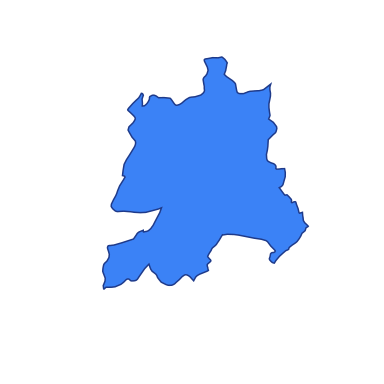 the district of Bac Giang, Bắc Giang, Vietnam, rotated 49°
{"feature_id": "81297802B62924474209473", "entity_name": "Bac Giang", "entity_type": "district", "adm_level": 2, "iso_a3": "VNM", "parent_name": "Vietnam", "parent_adm1": "Bắc Giang", "projection": "equal_earth", "projection_center": [106.2, 21.269], "detail": "fine", "context": "isolated", "style": "filled", "palette": "blue", "viewbox_px": 384, "rotation_deg": 49, "n_neighbors": 0, "source": "geoboundaries", "source_scale": "gbopen_adm2", "svg_char_len": 5654}
<svg xmlns="http://www.w3.org/2000/svg" viewBox="0 0 384 384"><g transform="rotate(49 192 192)"><path d="M299.7,176.5L298.8,173.8L297.9,168.2L297.8,163.5L297.8,159.7L298.2,158.6L298.5,157.6L298.6,157.1L298.6,156.5L298.2,156.2L297.9,155.5L297.6,154.7L297.7,154.0L297.7,153.2L297.8,151.0L298.1,148.8L298.3,147.0L298.3,145.2L297.6,141.9L296.6,138.8L295.7,136.9L295.3,136.0L295.4,134.3L295.4,133.0L295.4,132.0L294.8,131.0L294.4,130.4L293.9,129.7L293.9,129.0L294.2,127.2L294.1,126.7L292.0,126.8L289.1,127.1L286.7,126.7L285.3,125.8L284.5,125.2L282.5,124.0L279.8,122.0L278.6,124.7L277.8,124.8L274.0,122.8L269.9,121.3L268.0,120.4L267.4,120.3L267.0,120.5L266.6,121.1L266.3,121.6L266.0,122.5L265.8,123.2L265.7,123.5L265.2,123.8L264.5,123.4L263.7,122.4L262.7,121.9L259.5,121.9L256.6,122.1L255.9,122.9L255.7,123.5L255.4,123.9L254.2,124.0L250.1,123.7L247.4,123.4L246.0,123.4L246.2,122.1L246.5,121.1L246.4,119.6L246.1,118.5L241.6,111.6L238.5,108.8L235.1,106.8L233.2,109.1L231.7,111.4L230.4,113.0L229.7,113.3L229.3,113.3L228.6,112.6L227.7,111.8L226.8,111.5L225.6,111.5L224.2,111.8L223.4,112.3L222.0,113.1L221.2,113.5L220.2,113.9L219.1,114.3L217.8,114.5L216.3,114.0L215.5,113.5L212.5,111.2L209.8,107.6L207.3,104.8L202.5,100.1L202.0,93.6L202.0,90.0L201.4,88.7L200.5,87.4L199.7,86.3L198.1,85.3L192.8,84.9L187.2,86.3L186.0,83.9L185.3,82.8L182.7,81.2L178.8,78.6L175.9,76.1L173.6,73.1L171.1,69.9L168.9,67.9L166.0,66.2L163.8,64.3L162.2,61.8L161.7,70.7L161.0,72.4L160.4,73.4L160.0,74.2L159.5,75.0L158.7,76.0L156.9,78.3L155.9,79.7L155.1,80.8L154.1,82.1L153.6,83.1L153.1,84.1L152.7,85.5L152.2,86.7L151.7,88.3L151.2,89.0L149.9,90.5L149.0,91.5L147.9,92.2L146.6,92.5L145.0,91.9L141.3,89.7L139.0,88.3L137.4,88.1L134.5,88.4L127.6,90.2L125.4,90.4L124.3,90.4L122.5,87.0L119.6,83.3L118.3,81.8L117.7,80.7L116.0,80.4L113.4,80.2L110.8,80.6L109.7,80.9L107.9,84.2L104.1,88.4L101.6,92.7L100.8,93.9L100.2,95.0L100.2,95.9L100.6,96.3L101.5,96.8L107.8,98.5L110.7,100.0L112.7,103.2L113.0,104.5L113.3,105.3L113.3,107.0L113.5,108.1L113.7,108.7L114.2,109.6L114.8,110.1L118.2,112.2L119.6,113.0L120.7,113.7L121.5,114.5L122.3,115.1L123.4,115.8L124.0,116.5L124.4,117.4L124.7,118.9L124.6,121.8L122.1,127.3L119.9,130.4L119.0,132.0L118.5,134.6L118.3,135.8L118.2,137.6L118.2,141.4L118.0,142.7L117.7,144.2L116.8,146.2L116.1,147.1L114.7,147.5L113.0,147.4L109.6,147.0L107.8,146.9L106.9,147.0L106.0,147.8L102.4,151.2L98.9,155.4L95.9,156.1L95.1,156.5L94.1,157.1L93.5,157.7L92.9,158.6L92.4,160.8L92.3,161.2L92.7,162.0L93.5,162.7L94.2,163.6L94.9,165.2L95.2,166.1L95.5,167.1L95.7,168.0L95.8,169.2L95.8,170.2L95.7,171.4L95.3,172.0L94.5,173.1L92.4,171.1L89.1,168.7L87.9,166.7L87.1,165.3L86.0,164.9L85.1,164.9L84.3,165.5L85.2,167.8L85.5,168.7L86.0,170.4L86.1,172.2L86.1,173.7L86.4,178.7L87.0,183.4L87.1,184.4L87.3,185.3L87.5,186.0L87.8,186.6L88.2,186.7L88.5,186.8L91.6,186.4L96.3,186.0L98.4,186.1L99.7,186.9L100.5,188.9L101.1,191.0L101.4,196.0L101.5,196.9L103.3,199.6L105.8,200.2L111.3,201.3L116.4,201.3L117.1,201.8L117.7,202.1L118.4,202.8L119.1,203.7L119.8,204.9L120.4,206.4L122.9,214.3L124.1,218.4L124.6,220.2L126.6,225.1L130.3,229.6L134.0,233.7L135.0,233.0L136.0,232.5L136.9,232.9L137.3,234.3L137.8,235.6L138.5,238.0L139.9,242.6L142.2,247.2L143.7,249.7L144.8,252.0L146.3,256.2L148.3,260.8L149.8,262.4L151.0,262.7L153.2,262.8L156.1,262.3L157.4,261.5L158.0,261.0L158.5,260.3L159.7,258.7L161.7,256.1L164.3,253.6L166.6,251.3L169.5,248.8L173.7,244.5L177.0,240.3L180.0,234.3L182.9,228.3L183.9,225.4L186.4,229.8L190.0,239.1L191.7,243.3L192.2,245.7L192.5,246.7L192.6,247.3L192.6,250.1L192.4,251.0L192.1,251.7L191.8,252.4L191.3,253.1L190.9,253.9L190.7,254.3L190.3,254.8L190.0,254.8L188.9,253.9L187.4,258.2L187.3,259.7L187.4,260.9L187.7,261.6L189.1,267.0L186.8,272.4L184.3,278.3L180.8,285.8L179.6,287.5L179.0,288.5L178.4,289.2L177.9,290.0L177.7,290.4L177.7,291.0L178.3,292.1L179.3,292.8L182.4,294.1L184.8,295.3L185.7,296.3L186.4,297.0L187.0,297.8L187.4,298.9L188.3,301.4L188.4,302.9L188.4,304.2L188.7,305.8L189.2,306.7L190.1,307.9L190.8,308.8L191.7,309.8L192.4,310.5L193.3,311.4L194.9,312.1L196.1,312.5L198.2,313.3L200.1,314.0L202.2,316.1L204.4,320.4L207.1,322.2L207.5,322.1L207.5,319.3L209.3,317.3L211.2,315.0L213.1,312.2L214.5,307.9L215.0,306.4L215.1,305.2L215.2,303.8L215.2,301.8L215.0,300.2L215.0,298.7L215.3,297.9L215.7,297.3L216.2,296.9L216.8,296.6L217.4,296.6L218.5,296.5L218.8,296.4L219.6,295.8L220.2,295.0L221.0,294.0L221.6,293.0L222.0,291.8L222.0,290.4L221.0,286.8L218.8,278.1L218.3,273.1L218.2,271.8L221.5,273.2L223.3,273.8L225.6,274.1L229.0,273.4L230.2,273.2L231.8,273.3L234.0,274.1L236.8,274.3L239.8,274.4L241.3,273.8L244.9,272.3L246.7,271.2L247.4,270.5L248.9,268.7L249.2,268.0L249.5,267.5L249.5,266.9L249.8,266.1L249.9,265.3L249.9,264.4L249.8,263.6L249.8,262.7L249.8,259.0L249.4,255.0L249.6,253.3L249.7,252.4L249.9,251.7L250.1,251.3L250.7,250.7L251.3,250.2L253.0,249.5L254.9,249.1L257.5,249.1L260.1,249.0L258.6,245.0L258.5,242.9L259.0,240.3L261.6,232.8L261.9,231.6L261.9,231.0L261.4,230.8L260.7,230.6L259.6,229.8L257.8,229.0L256.8,228.2L256.6,227.2L256.6,223.9L256.5,223.3L256.3,222.9L255.9,222.7L255.1,222.5L254.0,222.7L251.1,222.6L250.7,222.1L250.0,220.4L249.4,218.6L248.7,216.1L247.8,214.2L247.6,213.1L247.7,210.0L247.6,208.1L247.1,206.5L246.2,203.0L244.9,199.2L244.3,197.1L244.6,197.0L247.1,193.0L251.7,188.1L255.1,185.1L267.6,175.4L273.2,170.6L277.3,168.0L279.1,167.6L284.5,168.0L289.2,167.7L290.9,167.7L291.1,167.9L291.5,168.5L291.5,168.9L291.4,169.5L291.3,170.0L290.9,170.4L290.4,171.2L290.2,171.5L290.1,172.1L290.1,172.7L290.2,173.3L292.0,175.5L293.0,177.3L293.6,177.7L294.2,177.9L294.3,177.9L296.3,177.9L297.7,177.7L298.8,177.2L299.7,176.5Z" fill="#3b82f6" stroke="#1e3a8a" stroke-width="1.5"/></g></svg>